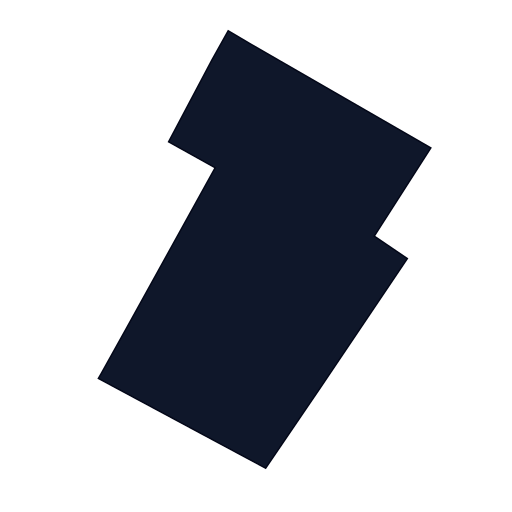 the district of Union, Ohio, United States of America, rotated 209°
{"feature_id": "52423323B76161760058948", "entity_name": "Union", "entity_type": "district", "adm_level": 2, "iso_a3": "USA", "parent_name": "United States of America", "parent_adm1": "Ohio", "projection": "orthographic", "projection_center": [-83.327, 40.307], "detail": "fine", "context": "isolated", "style": "filled", "palette": "ink", "viewbox_px": 512, "rotation_deg": 209, "n_neighbors": 0, "source": "geoboundaries", "source_scale": "gbopen_adm2", "svg_char_len": 347}
<svg xmlns="http://www.w3.org/2000/svg" viewBox="0 0 512 512"><g transform="rotate(209 256 256)"><path d="M389.6,406.3L387.8,313.5L334.5,313.4L334.3,130.3L334.4,78.0L334.5,72.5L215.8,74.1L144.7,75.1L135.7,173.5L122.4,327.1L162.2,330.7L155.5,435.3L364.2,438.8L389.5,439.5L389.6,406.3Z" fill="#0f172a" stroke="#020617" stroke-width="1.5"/></g></svg>